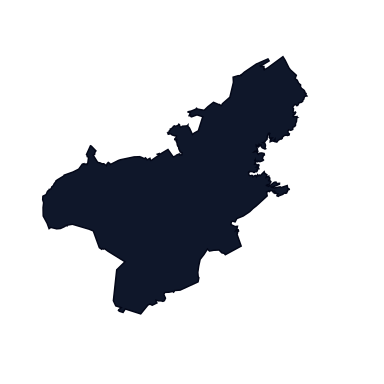 Jerécuaro, Guanajuato, Mexico (Equal Earth projection), rotated 245°
{"feature_id": "50627088B81849957139001", "entity_name": "Jerécuaro", "entity_type": "district", "adm_level": 2, "iso_a3": "MEX", "parent_name": "Mexico", "parent_adm1": "Guanajuato", "projection": "equal_earth", "projection_center": [-100.511, 20.185], "detail": "fine", "context": "isolated", "style": "filled", "palette": "ink", "viewbox_px": 384, "rotation_deg": 245, "n_neighbors": 0, "source": "geoboundaries", "source_scale": "gbopen_adm2", "svg_char_len": 6119}
<svg xmlns="http://www.w3.org/2000/svg" viewBox="0 0 384 384"><g transform="rotate(245 192 192)"><path d="M121.0,74.8L117.1,79.0L116.2,75.8L115.8,75.3L114.6,75.8L112.0,78.6L114.2,82.1L103.2,94.0L108.2,104.3L108.2,106.5L106.2,108.1L106.3,113.3L107.9,113.1L109.2,113.6L107.5,115.6L106.4,118.0L105.2,119.4L105.2,121.0L107.0,123.1L110.9,123.1L112.0,124.2L112.4,125.2L110.9,128.8L110.0,132.4L109.0,133.0L110.0,134.7L108.1,139.8L108.0,159.5L111.4,162.0L112.6,161.8L116.7,163.3L122.1,166.8L127.5,170.9L130.3,176.4L133.8,181.9L131.1,182.9L130.0,187.1L128.0,192.0L124.3,193.3L122.8,195.2L121.1,195.7L122.2,213.7L134.5,214.9L135.8,216.1L136.7,216.1L136.9,217.7L138.3,217.9L138.7,217.5L138.5,215.5L139.7,217.2L141.7,218.7L142.5,216.4L146.1,213.5L148.2,215.0L148.5,216.4L146.7,218.4L149.0,221.4L148.6,228.3L149.8,236.0L151.3,240.3L152.2,244.2L156.7,258.5L160.6,259.6L160.3,260.8L160.7,262.0L159.7,262.3L160.2,263.7L159.8,264.0L159.4,265.3L157.7,265.5L158.3,267.0L157.8,267.3L156.3,266.1L156.1,266.4L156.2,267.3L155.6,267.0L155.4,267.8L154.9,267.8L154.1,269.2L152.7,267.4L151.6,268.3L151.8,269.4L151.5,273.1L152.0,275.5L151.3,276.2L151.1,277.1L151.3,277.7L152.2,278.1L152.2,278.7L153.2,279.2L153.2,281.2L153.8,281.3L155.0,280.3L157.6,281.0L158.4,274.6L159.4,274.1L160.8,268.5L162.6,266.1L163.1,265.9L163.1,266.4L162.3,269.1L162.1,274.6L162.9,275.0L163.6,273.0L164.4,272.2L165.5,272.3L166.0,270.8L165.9,269.8L165.1,266.7L164.7,263.7L165.0,263.2L166.1,262.9L166.5,261.6L166.8,263.5L166.1,264.5L167.2,267.0L168.0,267.9L168.9,267.7L169.9,266.2L170.5,266.6L170.7,267.9L172.0,268.4L172.8,268.0L173.9,268.3L173.9,265.3L176.0,267.2L178.2,265.8L179.9,266.0L177.9,260.7L178.8,260.4L178.8,259.0L180.0,258.8L178.5,256.8L179.8,256.8L180.3,256.3L180.0,253.6L181.4,253.8L181.9,253.0L182.1,251.5L182.8,251.1L182.6,250.5L182.9,251.0L183.5,250.8L185.9,251.5L186.2,251.9L185.8,252.5L186.3,253.3L185.7,253.7L185.0,255.3L183.6,256.4L183.4,256.9L184.0,257.7L183.3,258.5L183.1,259.3L183.9,260.4L185.1,260.3L184.8,262.4L186.0,262.4L187.3,260.9L187.3,263.4L188.1,264.1L189.0,263.5L188.7,262.3L190.3,261.6L190.7,260.3L191.7,261.0L191.5,262.0L192.6,262.5L193.7,262.3L194.5,261.7L194.0,262.7L194.5,263.1L193.4,263.0L191.7,264.1L191.7,264.7L192.3,265.2L191.1,265.8L190.7,266.7L190.5,269.4L190.8,270.3L192.6,269.9L194.8,272.0L195.0,273.3L196.4,273.6L197.9,271.7L198.6,269.9L197.9,267.3L198.6,268.2L200.0,267.6L200.7,268.8L201.3,268.9L201.2,267.9L202.0,266.3L201.9,265.3L202.0,265.0L202.5,266.6L202.1,268.0L202.8,269.2L205.1,269.8L205.9,269.4L207.3,270.0L206.4,270.5L206.5,272.3L205.8,271.8L205.9,271.0L205.4,271.2L205.6,272.3L205.0,272.0L205.7,273.5L206.1,273.5L205.4,273.9L205.4,274.4L204.3,273.9L202.3,274.4L200.1,276.3L200.1,277.0L201.1,276.5L201.6,277.3L203.4,278.4L205.4,278.6L206.8,277.2L206.8,279.4L207.5,280.4L208.1,282.3L210.7,283.8L212.8,286.0L212.5,286.3L212.7,286.9L212.2,287.3L211.8,286.7L208.8,285.0L207.7,285.4L208.0,285.7L207.0,287.6L206.0,285.0L204.5,284.1L204.4,286.9L203.7,287.0L203.6,287.3L204.7,289.4L202.7,288.3L201.4,290.0L202.5,292.1L202.6,294.9L202.2,295.4L202.5,296.4L203.5,297.1L204.2,299.5L203.7,301.5L202.9,302.3L202.6,304.0L203.5,304.8L204.8,304.2L206.1,304.3L207.1,305.3L207.5,306.0L206.2,307.6L206.1,309.7L208.1,310.8L208.0,312.7L208.7,314.0L210.2,314.6L211.8,316.5L215.1,318.4L215.0,318.9L215.5,318.5L216.0,319.0L217.1,316.1L217.5,316.5L218.2,315.7L219.2,316.5L219.1,318.0L220.3,319.6L220.8,319.5L220.9,317.9L221.7,317.3L224.6,319.2L226.4,318.9L227.9,322.1L227.4,323.0L226.1,323.3L225.8,324.3L227.6,326.8L227.1,328.9L227.4,330.6L228.4,331.2L228.8,332.4L230.8,334.1L230.9,335.4L230.5,336.7L232.7,336.3L233.1,337.0L234.8,336.1L235.0,336.6L235.9,336.7L237.2,336.4L239.7,335.0L241.5,334.8L243.2,335.7L245.5,334.6L248.9,334.6L251.2,333.3L253.7,335.9L261.1,332.8L263.5,332.3L272.1,332.1L276.2,331.6L272.5,313.1L272.2,309.1L272.7,308.8L273.5,309.6L273.7,309.3L275.3,310.2L276.7,307.2L277.5,307.1L277.4,309.7L278.2,317.3L280.5,317.1L280.8,304.4L278.5,290.1L277.5,286.9L276.7,286.0L277.0,285.2L277.4,285.4L277.2,284.2L277.9,283.1L278.7,277.8L273.9,275.9L261.9,266.4L259.1,256.8L258.5,256.3L257.9,254.8L259.7,253.9L259.7,253.4L264.2,249.4L262.6,242.5L260.9,237.6L265.1,231.7L265.7,231.7L266.6,231.1L265.4,231.6L265.7,225.5L266.4,222.4L266.1,222.2L264.7,223.8L264.5,223.4L263.2,223.4L263.3,222.7L262.4,221.6L261.6,222.8L260.6,223.0L260.3,223.4L259.8,229.1L255.7,233.6L244.8,223.6L244.5,219.0L243.9,216.7L251.1,216.7L253.3,216.0L254.4,216.6L254.1,215.9L254.2,214.9L255.7,211.0L255.4,210.3L255.5,208.9L257.6,208.8L258.2,209.1L259.0,208.7L258.4,207.9L258.3,206.8L258.4,204.9L259.4,204.0L259.3,202.8L258.5,201.8L258.1,199.8L258.2,198.9L257.7,198.7L256.9,197.8L257.0,197.3L256.0,196.4L256.1,195.5L255.6,195.8L255.2,194.9L254.4,194.9L253.8,197.3L252.1,198.1L250.2,200.2L249.9,201.1L249.2,201.6L247.8,200.1L247.6,199.1L246.8,198.5L246.2,198.8L245.9,200.3L244.4,199.1L243.3,199.3L240.9,198.6L239.5,198.5L238.7,198.9L236.6,198.3L233.2,198.3L231.9,199.6L230.0,198.5L230.7,196.6L231.7,197.0L231.9,196.3L232.0,193.4L231.6,192.9L231.7,189.8L240.7,188.2L239.7,178.4L240.7,178.6L240.9,176.5L238.9,177.4L238.7,175.9L239.0,175.5L237.8,168.5L238.1,167.8L240.3,168.1L240.1,164.9L242.6,164.3L242.4,162.8L244.9,160.8L244.8,160.2L246.0,159.8L248.3,154.3L251.5,140.7L251.7,138.6L251.4,129.6L252.5,129.6L254.2,128.6L253.5,127.0L252.0,125.5L254.9,124.0L255.4,122.8L255.2,122.3L256.8,121.5L258.8,119.0L267.1,118.0L267.4,119.8L268.8,120.5L269.9,122.3L276.2,120.1L276.8,119.5L270.5,112.2L269.5,112.4L268.3,112.0L267.3,113.0L262.1,109.7L261.2,108.3L261.9,107.4L262.2,107.6L262.7,105.7L263.3,106.0L263.6,104.4L260.6,99.0L260.4,92.7L261.3,83.2L260.7,82.5L259.9,75.0L259.5,73.3L259.1,73.2L257.5,70.2L256.9,69.8L255.9,67.8L256.0,67.3L254.6,65.8L254.3,64.6L254.7,63.6L253.9,63.1L253.8,61.5L251.3,58.7L251.2,55.1L248.1,53.4L245.0,53.0L240.8,50.4L233.1,47.0L224.8,47.5L219.2,47.0L219.6,49.1L215.8,53.8L214.5,57.4L214.5,62.1L214.9,63.6L214.1,64.4L214.7,64.9L213.3,70.0L201.8,83.0L198.4,86.1L180.7,84.5L178.2,86.0L178.6,87.0L177.6,87.8L177.6,88.7L177.1,89.1L173.9,90.8L157.1,101.8L153.3,90.9L126.7,74.8L121.0,74.8Z" fill="#0f172a" stroke="#020617" stroke-width="1.5"/></g></svg>